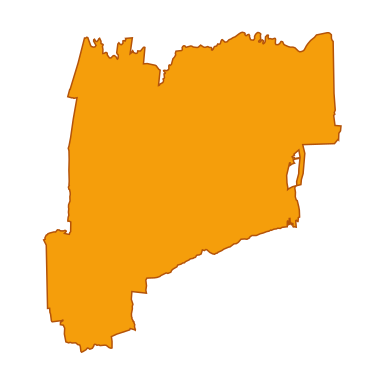 Brahasesti, Galati, Romania (Equal Earth projection), rotated 272°
{"feature_id": "2599482B25283721312735", "entity_name": "Brahasesti", "entity_type": "district", "adm_level": 2, "iso_a3": "ROU", "parent_name": "Romania", "parent_adm1": "Galati", "projection": "equal_earth", "projection_center": [27.355, 46.048], "detail": "fine", "context": "isolated", "style": "filled", "palette": "amber", "viewbox_px": 384, "rotation_deg": 272, "n_neighbors": 0, "source": "geoboundaries", "source_scale": "gbopen_adm2", "svg_char_len": 5967}
<svg xmlns="http://www.w3.org/2000/svg" viewBox="0 0 384 384"><g transform="rotate(272 192 192)"><path d="M347.5,327.8L348.4,326.8L350.4,326.0L354.0,325.8L355.6,324.0L355.9,323.0L355.9,321.6L353.3,310.9L350.8,309.0L347.6,305.3L344.3,302.7L342.2,301.3L337.9,299.2L336.7,297.8L336.1,296.1L335.9,294.8L336.5,293.4L339.7,289.9L340.3,287.8L340.2,285.1L340.7,283.1L342.2,279.4L342.8,278.6L345.3,277.3L345.6,275.9L345.4,275.6L343.4,274.5L342.2,272.8L342.3,270.7L343.5,270.1L347.5,270.2L348.3,269.9L348.5,269.2L347.6,266.9L348.1,264.5L347.8,263.3L348.3,262.9L349.8,262.6L351.1,262.9L351.5,262.6L351.4,261.6L349.5,260.0L345.1,260.0L343.4,259.2L342.6,258.1L342.8,257.7L343.4,257.6L345.5,258.2L346.5,256.9L346.2,256.2L344.4,255.1L344.1,253.9L344.5,253.4L345.1,253.4L347.0,255.2L347.5,255.3L350.5,254.9L352.3,255.2L353.3,254.0L353.7,252.9L353.6,251.8L351.9,250.1L349.8,249.1L347.5,249.2L345.9,248.1L346.1,245.6L346.5,245.1L349.5,244.0L350.4,244.1L351.5,243.3L351.0,241.8L350.3,241.2L350.1,240.5L351.1,239.4L352.3,239.5L352.9,238.9L353.4,236.7L352.9,235.3L351.8,233.6L348.6,229.7L347.7,227.6L346.3,225.6L345.5,223.7L343.3,221.8L342.9,219.8L345.3,217.0L345.2,216.5L344.0,215.8L341.2,215.1L340.6,213.9L340.9,212.6L338.8,211.5L338.1,209.3L335.2,208.0L334.5,207.3L334.7,206.6L336.4,206.7L337.1,206.1L337.1,204.4L337.9,202.7L337.0,200.0L337.2,198.6L339.1,195.5L336.9,193.2L336.6,192.1L336.9,188.3L337.7,186.8L337.9,185.7L336.4,181.0L337.8,179.7L337.8,178.5L337.1,177.7L336.0,177.1L333.9,177.4L333.0,176.6L332.2,171.1L330.1,170.5L328.4,170.9L326.1,169.7L324.5,168.3L318.9,167.0L317.8,165.9L318.2,164.9L317.3,164.4L314.7,164.6L313.6,164.3L312.4,162.6L312.7,160.2L312.4,159.4L311.9,159.5L310.1,161.2L309.5,161.0L309.2,160.0L308.9,159.9L305.4,160.5L304.7,160.2L303.9,159.1L302.9,159.7L301.2,159.5L300.2,158.8L298.8,156.3L297.5,155.6L297.2,154.8L312.7,155.9L313.4,154.6L316.9,151.8L317.4,150.7L318.8,142.8L318.4,139.0L334.8,139.9L335.1,139.1L334.8,138.4L331.1,135.6L331.1,132.8L329.5,132.7L328.7,132.0L328.5,130.9L329.5,128.4L330.3,128.4L331.2,127.7L330.3,127.1L329.3,127.0L327.9,125.3L344.0,127.0L343.2,120.3L342.6,120.7L340.5,119.8L341.0,118.9L340.6,117.7L338.3,117.8L336.8,116.5L336.9,115.2L338.6,113.7L337.3,112.7L328.5,111.9L327.1,112.6L326.7,113.3L325.5,113.6L323.1,113.5L322.2,112.9L322.7,112.2L324.0,111.8L325.4,110.1L325.7,109.3L325.3,108.3L323.2,106.4L323.1,104.8L326.0,102.6L327.8,102.4L328.4,101.7L328.4,100.7L327.5,99.4L327.3,98.0L331.4,98.0L334.4,97.4L336.0,98.1L336.7,97.5L336.9,96.3L337.2,95.9L339.5,95.8L342.4,94.3L341.7,93.4L340.6,93.0L339.0,91.8L339.3,90.6L341.3,89.2L340.8,88.5L339.4,88.4L335.1,91.0L333.7,90.0L333.3,88.8L333.8,86.7L334.6,85.7L342.6,82.5L343.0,81.5L341.9,79.9L342.1,79.2L317.0,73.7L290.3,66.6L290.2,66.2L282.9,64.5L281.9,68.5L282.0,69.7L281.5,70.7L282.2,73.8L260.8,70.8L242.2,68.8L233.8,67.5L231.4,66.8L228.9,67.6L219.9,68.1L209.8,68.2L198.4,68.9L194.7,68.8L194.4,69.1L192.6,68.3L190.4,68.9L190.2,69.5L187.0,70.3L185.0,70.4L183.2,70.1L178.7,70.4L174.9,69.1L172.4,69.1L170.9,69.4L167.5,69.2L164.5,69.7L162.4,69.1L159.1,68.9L158.4,69.1L158.6,70.2L157.8,71.9L148.2,72.1L146.9,71.2L145.4,70.9L145.5,69.3L146.2,66.0L148.3,67.7L148.7,67.6L149.2,66.8L149.2,66.2L148.6,64.8L148.6,62.4L148.7,61.5L149.4,60.8L149.5,58.8L147.3,57.1L147.3,55.5L146.0,51.1L145.2,49.4L144.3,48.9L144.0,48.0L142.9,47.4L141.0,46.6L139.7,46.9L139.0,45.4L133.8,48.2L70.8,51.7L70.6,51.7L70.8,53.8L66.8,54.2L65.0,54.9L58.7,55.9L57.7,56.4L57.4,56.9L58.7,64.9L58.6,65.6L58.8,65.9L58.6,66.3L59.1,66.5L59.5,67.3L58.9,67.5L57.1,65.1L54.8,65.1L54.4,68.0L51.5,69.5L45.6,69.4L37.8,71.2L36.9,74.1L37.5,75.4L36.9,77.4L37.2,80.8L36.9,81.5L35.5,83.2L35.2,85.1L33.6,85.8L29.0,86.5L28.1,87.2L28.6,88.4L30.6,91.5L32.4,92.9L32.2,94.3L31.4,95.0L31.5,95.9L32.4,97.9L34.7,99.2L35.9,99.5L36.4,100.1L36.2,101.4L35.5,102.3L35.9,104.3L35.3,105.5L35.9,110.1L35.8,111.6L33.6,114.6L33.1,116.2L33.2,117.3L33.4,117.5L39.9,117.3L44.7,116.5L47.3,121.7L52.0,134.5L53.4,135.0L52.4,139.2L51.9,140.1L52.9,140.2L53.5,139.7L55.8,139.2L57.4,139.4L59.1,138.6L60.1,138.6L60.5,137.7L60.9,137.8L63.5,136.3L64.4,136.4L65.4,135.9L68.2,135.7L73.1,136.5L75.7,136.3L77.7,136.9L82.6,135.1L90.4,135.4L89.3,150.0L92.3,149.3L96.7,149.8L102.4,148.9L104.4,150.0L104.9,157.3L105.4,160.1L106.5,162.9L107.4,163.8L110.2,169.0L109.8,170.7L111.1,173.6L113.0,174.4L114.5,176.0L116.7,179.5L118.5,180.3L119.5,183.5L120.7,185.2L121.0,187.0L122.1,187.8L124.1,191.6L125.1,192.6L125.7,195.4L126.3,196.0L126.6,197.2L127.1,197.9L128.7,198.7L129.1,199.4L129.4,201.5L130.4,203.3L134.5,204.4L133.9,206.4L135.0,207.9L134.7,209.0L132.2,212.0L130.9,214.8L130.6,216.8L131.3,217.6L131.9,219.5L132.6,220.0L134.5,223.8L136.0,225.8L138.3,230.8L138.4,231.8L141.6,235.7L142.0,238.2L143.4,240.1L146.5,242.6L146.9,246.1L146.7,248.6L148.1,251.0L149.2,251.5L150.6,253.4L150.8,257.9L152.6,261.5L153.6,264.8L155.0,268.0L155.6,270.4L156.7,271.9L156.5,272.7L157.7,275.2L158.1,277.7L158.8,278.9L158.7,281.6L159.8,283.2L160.6,288.4L165.6,288.3L165.7,288.7L166.4,288.6L166.5,289.1L166.9,289.1L162.7,289.6L163.2,290.6L168.9,290.1L169.0,290.8L164.9,291.2L164.9,291.7L163.9,291.8L162.7,292.5L162.8,293.1L164.1,293.1L164.0,293.9L161.0,294.1L160.6,294.5L160.8,295.6L160.5,297.4L167.0,296.6L167.4,297.4L166.2,298.5L166.2,299.0L170.2,299.2L170.7,300.4L177.6,299.9L180.9,299.2L187.0,297.5L187.8,296.4L190.8,295.4L195.4,295.4L199.5,294.6L200.8,294.9L201.4,295.6L201.8,295.5L200.8,292.3L198.9,288.9L197.7,287.5L199.7,287.6L204.4,286.6L211.9,286.0L224.5,288.5L224.5,289.1L221.5,288.4L223.5,291.1L224.4,293.5L225.3,292.7L227.6,292.0L228.4,293.6L229.3,297.7L229.9,297.7L229.0,293.3L230.0,293.0L229.5,291.6L230.7,290.8L232.4,293.1L233.4,292.6L237.8,297.3L230.5,298.8L218.9,298.0L214.0,298.0L206.2,296.2L202.0,296.5L203.2,300.6L208.3,300.9L214.2,302.4L234.5,303.4L243.2,301.0L245.3,332.7L249.7,336.1L249.1,336.7L255.8,336.7L258.3,338.3L263.2,338.6L263.5,332.6L273.6,330.9L274.6,332.0L276.4,331.4L278.8,332.3L295.4,330.5L347.5,327.8Z" fill="#f59e0b" stroke="#b45309" stroke-width="1.5"/></g></svg>